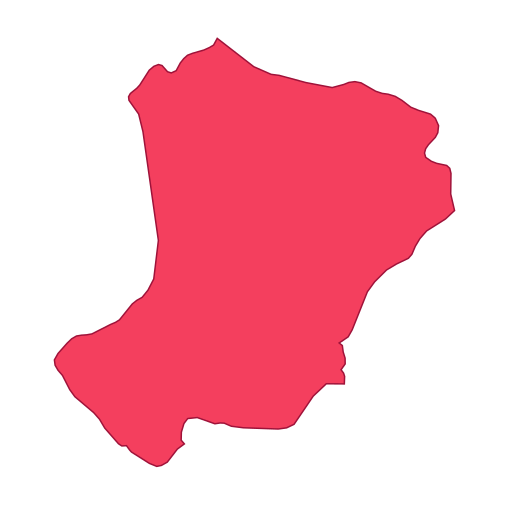 the border of Covasna, rotated 273°
{"feature_id": "ROU-306", "entity_name": "Covasna", "entity_type": "County", "adm_level": 1, "iso_a3": "ROU", "parent_name": "Romania", "parent_adm1": "", "projection": "equal_earth", "projection_center": [25.978, 45.929], "detail": "fine", "context": "isolated", "style": "filled", "palette": "rose", "viewbox_px": 512, "rotation_deg": 273, "n_neighbors": 0, "source": "natural_earth", "source_scale": "10m", "svg_char_len": 1655}
<svg xmlns="http://www.w3.org/2000/svg" viewBox="0 0 512 512"><g transform="rotate(273 256 256)"><path d="M471.3,205.9L444.9,243.9L438.2,261.6L437.6,269.7L431.8,296.8L428.2,323.3L431.9,334.7L434.2,339.7L435.3,345.6L434.4,351.9L426.8,366.9L425.0,373.5L424.5,379.5L422.7,386.7L419.1,393.5L412.7,402.8L410.0,410.5L406.8,422.9L403.0,427.8L395.7,431.5L388.6,431.1L383.9,428.9L376.2,422.4L372.0,419.8L367.6,418.9L363.4,420.3L359.8,426.1L358.0,431.5L356.4,441.7L353.7,444.9L348.7,446.4L328.1,447.2L311.8,451.9L302.9,443.3L290.0,425.1L282.0,418.8L274.1,414.6L265.9,411.6L261.7,408.3L255.3,396.6L248.9,387.1L236.4,375.8L226.1,369.1L187.3,355.9L180.1,352.3L173.5,343.6L171.1,346.9L164.7,348.1L158.7,350.3L152.9,350.7L146.9,346.9L143.6,349.6L140.4,350.8L132.9,350.9L132.1,332.9L119.1,320.5L89.9,302.8L86.0,295.6L84.4,287.3L83.8,252.3L84.7,240.3L87.4,233.0L87.4,229.0L86.3,223.7L91.6,205.8L90.1,196.3L84.9,192.8L76.2,190.7L68.2,190.9L64.6,194.3L59.1,187.6L45.5,178.2L41.9,172.5L40.7,167.9L43.3,160.4L53.7,141.9L55.7,139.9L59.8,136.6L59.3,131.9L61.3,128.5L76.2,114.0L84.9,108.2L91.1,102.1L106.0,82.5L112.8,77.0L126.6,69.0L131.5,64.3L136.4,61.1L141.7,60.1L148.3,63.4L159.1,72.0L163.7,76.3L166.7,80.9L167.8,85.9L168.4,90.9L169.6,96.2L180.0,114.3L182.4,119.2L185.1,123.0L201.7,135.0L205.5,139.3L208.8,144.5L216.2,149.9L227.7,155.1L266.4,157.7L374.3,136.6L391.6,131.4L404.8,121.0L408.4,120.4L411.7,122.0L417.3,128.2L420.7,131.0L436.0,139.7L440.1,144.1L442.1,148.6L441.3,152.2L435.4,158.0L434.4,161.8L436.9,166.6L444.8,170.3L449.3,173.5L452.9,177.1L455.1,182.0L459.0,193.3L461.6,198.3L464.4,202.6L471.3,205.9Z" fill="#f43f5e" stroke="#9f1239" stroke-width="1.5"/></g></svg>